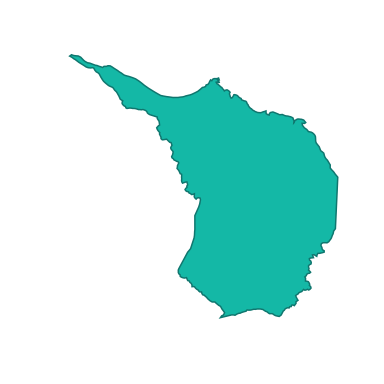 Manaus, Amazonas, Brazil (Albers equal-area conic projection), rotated 192°
{"feature_id": "56859067B19740066792798", "entity_name": "Manaus", "entity_type": "district", "adm_level": 2, "iso_a3": "BRA", "parent_name": "Brazil", "parent_adm1": "Amazonas", "projection": "albers", "projection_center": [-60.096, -2.573], "detail": "fine", "context": "isolated", "style": "filled", "palette": "teal", "viewbox_px": 384, "rotation_deg": 192, "n_neighbors": 0, "source": "geoboundaries", "source_scale": "gbopen_adm2", "svg_char_len": 5971}
<svg xmlns="http://www.w3.org/2000/svg" viewBox="0 0 384 384"><g transform="rotate(192 192 192)"><path d="M304.2,296.6L305.4,295.2L307.1,295.5L308.8,295.6L311.2,296.0L312.9,295.9L318.7,296.8L321.1,296.7L323.8,297.5L325.2,298.2L328.9,300.7L331.5,301.4L333.7,301.1L336.0,300.9L338.4,301.2L339.9,299.5L337.5,298.8L335.0,297.6L333.8,297.3L329.6,295.3L324.3,293.4L321.6,292.3L319.5,292.0L316.8,292.3L315.4,292.9L313.9,292.8L312.3,290.9L310.6,289.6L308.8,289.1L307.3,288.2L305.0,285.4L303.0,283.3L301.5,281.9L299.3,280.6L297.2,279.5L295.8,278.8L294.4,278.4L292.7,278.1L291.1,277.7L289.9,276.6L288.9,275.6L286.8,274.3L285.6,273.1L284.4,271.7L283.5,270.7L281.4,267.8L278.7,266.8L279.0,265.5L278.7,263.9L277.6,262.9L276.3,262.1L274.9,261.8L274.2,260.6L273.0,260.2L271.7,260.7L270.3,261.2L268.8,261.4L267.3,261.4L265.9,261.7L264.5,261.8L262.9,261.7L261.4,261.5L259.9,261.8L258.6,261.9L257.1,262.5L255.5,262.3L254.1,262.0L252.9,261.3L252.1,260.1L250.9,259.4L249.5,258.9L241.6,258.1L241.2,256.6L240.1,255.5L238.9,254.3L238.4,253.0L237.6,250.7L238.6,249.8L239.9,247.5L239.1,246.2L238.1,245.1L237.0,244.2L235.8,243.3L235.9,242.0L233.7,239.1L233.4,237.7L232.0,236.9L230.7,237.2L229.3,237.8L227.8,238.4L226.6,237.6L225.4,236.8L224.1,236.0L222.7,236.0L221.3,233.5L221.8,232.1L222.0,230.7L221.3,229.5L218.9,227.6L218.7,226.1L218.8,224.0L219.3,222.5L218.7,221.3L217.3,220.7L216.2,219.6L214.7,219.3L213.5,218.8L212.0,218.8L211.0,217.7L211.3,216.3L211.7,214.9L211.5,213.3L211.5,211.9L210.1,210.9L209.1,209.9L208.2,208.7L207.4,207.5L205.9,207.2L205.5,205.9L205.3,204.4L204.8,202.8L204.6,201.1L204.1,199.8L203.1,198.7L201.8,199.5L200.5,200.3L199.1,200.8L198.4,199.5L197.7,198.0L198.3,196.7L197.9,195.4L198.9,194.2L199.3,192.9L198.3,191.9L196.9,191.4L195.5,191.5L194.7,190.4L193.3,190.2L191.9,189.4L190.6,189.9L189.3,190.8L188.8,187.7L187.7,186.6L186.5,185.9L185.6,187.3L184.2,187.8L182.8,187.7L182.1,186.2L182.0,182.9L182.0,181.7L182.3,178.8L184.3,169.5L181.4,156.0L181.2,154.0L180.6,150.3L180.4,147.6L181.6,136.3L182.7,134.1L183.7,132.3L188.9,114.4L189.2,112.8L188.6,110.3L187.8,109.2L186.5,108.6L185.9,106.9L184.3,106.4L182.7,106.2L181.3,106.3L179.6,107.1L178.7,105.8L177.8,104.5L176.2,104.4L175.3,103.2L173.7,102.4L172.7,101.1L172.3,99.4L170.9,99.8L169.8,99.8L168.6,98.7L167.2,97.9L165.7,97.4L164.7,96.5L163.5,95.9L161.9,96.2L161.1,94.6L160.0,93.6L158.5,93.6L157.4,92.8L155.9,92.1L154.5,90.9L151.8,89.4L149.4,88.6L146.8,89.2L145.2,88.2L142.3,86.7L140.6,86.2L139.5,85.2L138.6,84.0L136.2,81.9L135.1,80.9L135.3,79.5L135.8,78.1L137.2,77.1L138.1,75.0L127.5,80.1L125.6,80.4L124.3,80.4L122.6,82.0L121.3,82.9L119.5,83.6L118.4,84.5L115.7,86.0L114.4,86.6L113.6,88.1L112.2,88.2L110.1,88.7L108.7,89.4L107.4,90.1L105.4,90.5L104.0,91.1L102.2,91.5L100.5,91.8L98.0,91.8L96.6,91.1L95.1,90.6L93.7,90.4L92.4,89.7L91.0,89.1L88.0,89.7L86.7,89.1L85.3,88.6L84.0,88.4L80.8,88.4L79.2,90.2L78.0,94.5L77.1,95.6L76.6,97.0L75.5,98.0L74.3,98.7L72.9,98.8L72.6,100.1L71.1,100.6L71.0,102.0L69.7,102.5L68.3,102.1L67.1,104.7L67.5,106.2L65.8,108.1L67.3,109.7L68.3,111.0L69.1,112.2L68.2,113.3L67.0,114.4L66.5,115.7L65.3,116.6L64.0,117.4L63.3,118.6L62.6,119.9L61.2,119.4L59.9,120.0L58.7,120.9L57.4,120.4L56.3,121.5L55.6,122.8L56.4,124.3L57.7,124.9L57.7,126.3L58.6,127.5L59.6,128.5L61.0,128.6L62.5,128.5L63.0,131.3L64.0,132.4L62.9,133.8L62.6,135.4L61.5,136.5L60.1,137.0L59.3,138.2L60.5,139.1L61.8,139.8L61.6,141.4L62.3,142.6L62.7,144.1L61.9,145.3L60.6,146.4L60.7,147.8L61.4,149.1L62.8,149.8L63.4,151.1L62.5,152.0L59.5,153.0L60.3,154.2L61.1,155.5L59.5,156.1L58.1,155.5L56.6,155.0L56.6,156.6L56.2,158.1L54.3,158.6L51.5,159.9L50.2,160.7L50.5,162.0L51.8,162.4L52.9,163.4L53.4,164.8L54.7,166.3L54.8,168.1L53.7,169.4L52.2,169.9L49.3,170.4L47.9,171.8L47.2,173.4L46.6,174.6L46.1,176.0L45.9,177.5L45.7,178.9L45.3,180.4L45.3,183.3L44.1,185.9L52.5,236.8L55.9,239.5L57.0,240.6L58.1,241.5L59.5,242.4L61.7,244.1L62.1,245.5L62.4,247.2L63.8,248.7L66.2,251.3L67.6,252.2L69.0,253.5L69.9,254.8L71.2,257.4L73.2,258.5L74.6,259.1L75.7,260.7L77.0,262.7L78.2,263.7L80.7,265.8L81.6,267.4L82.4,270.6L82.9,272.1L83.9,273.3L85.1,274.2L86.4,274.9L87.8,275.3L89.2,275.3L90.7,275.3L91.8,276.3L92.9,277.1L95.6,278.2L96.6,279.2L97.8,280.1L98.6,282.1L96.1,282.5L95.2,283.6L97.7,285.6L100.0,285.9L101.3,285.7L102.7,285.6L104.2,285.2L105.2,284.2L106.4,283.3L106.3,282.7L106.5,282.0L106.5,281.2L106.8,280.7L106.9,281.6L106.9,282.3L106.9,282.9L108.0,284.0L108.5,285.3L109.8,285.8L111.2,286.1L112.6,286.1L114.0,286.2L115.5,286.0L117.0,286.0L118.4,286.3L119.8,286.6L121.2,286.1L122.7,285.8L124.1,286.2L128.2,286.9L129.5,287.1L131.9,286.0L132.6,284.7L132.5,283.3L134.0,283.4L135.8,284.1L136.5,286.7L137.7,285.9L139.0,285.3L140.1,284.5L141.4,283.8L144.4,283.4L147.2,283.9L148.4,284.4L149.9,284.8L150.9,285.6L152.3,286.1L153.5,286.9L154.5,287.8L155.4,289.1L156.5,289.9L157.2,291.2L158.3,292.0L159.9,292.0L162.7,292.5L163.4,293.7L164.7,294.0L166.1,294.6L167.2,295.5L168.4,296.0L170.5,296.1L171.3,295.8L171.5,294.7L171.9,293.5L172.5,292.4L173.3,292.0L173.8,292.6L174.5,293.3L175.0,294.5L175.7,295.5L175.8,296.2L175.5,297.4L176.2,298.1L177.6,298.8L179.0,299.2L180.3,298.6L181.4,297.6L182.4,298.7L183.6,299.4L184.5,300.4L185.9,300.9L187.1,301.7L188.4,302.4L190.1,303.1L191.2,304.4L190.1,304.9L189.5,304.7L189.0,304.5L188.2,304.9L188.6,305.5L190.3,307.0L188.7,307.3L189.7,309.0L191.1,308.1L192.5,307.8L194.0,307.5L195.3,306.5L195.8,305.0L197.1,305.5L197.7,303.9L198.0,302.2L198.5,301.2L198.8,300.5L200.4,299.7L200.7,298.0L202.3,296.9L203.6,296.4L204.5,295.1L205.5,293.8L207.2,291.7L209.5,289.8L212.4,287.6L214.0,286.6L218.2,284.6L219.4,283.8L221.1,283.0L222.8,282.5L225.2,281.6L230.2,280.5L234.3,280.2L236.7,280.0L239.8,279.9L242.7,279.9L245.6,280.8L249.3,282.0L252.4,283.1L256.0,284.4L260.7,286.4L263.8,288.0L266.7,289.4L270.6,290.9L273.4,291.4L275.8,291.7L277.6,291.9L280.1,292.0L282.4,292.2L284.2,292.9L285.9,293.7L287.8,294.3L289.9,295.3L294.5,297.0L296.4,297.8L298.4,298.4L300.5,298.0L301.8,297.1L304.2,296.6Z" fill="#14b8a6" stroke="#0f766e" stroke-width="1.5"/></g></svg>